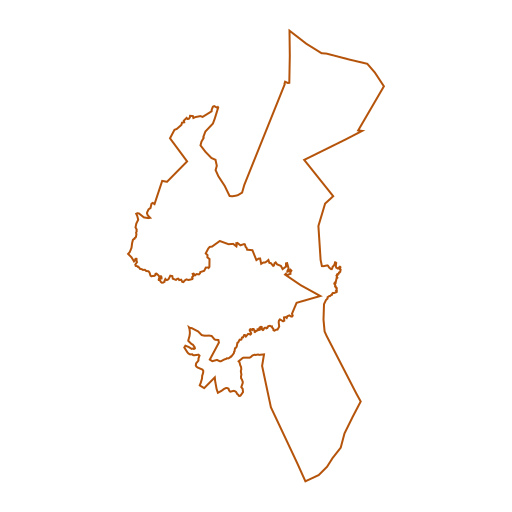 Santa María Ecatepec, Oaxaca, Mexico
{"feature_id": "50627088B69410007292717", "entity_name": "Santa María Ecatepec", "entity_type": "district", "adm_level": 2, "iso_a3": "MEX", "parent_name": "Mexico", "parent_adm1": "Oaxaca", "projection": "natural_earth1", "projection_center": [-95.911, 16.222], "detail": "fine", "context": "isolated", "style": "outline", "palette": "amber", "viewbox_px": 512, "rotation_deg": 0, "n_neighbors": 0, "source": "geoboundaries", "source_scale": "gbopen_adm2", "svg_char_len": 6113}
<svg xmlns="http://www.w3.org/2000/svg" viewBox="0 0 512 512"><path d="M362.1,130.9L358.2,130.4L383.9,86.3L374.9,72.6L367.3,63.8L349.5,59.6L326.5,53.6L321.5,53.2L306.4,43.8L289.5,30.7L289.8,55.8L289.3,82.8L287.8,83.0L285.1,81.7L284.5,83.7L284.7,84.3L244.3,184.9L242.1,192.6L238.0,195.1L236.3,195.6L232.3,196.3L229.6,196.0L224.7,185.9L218.4,176.3L215.6,170.1L216.8,165.8L215.5,159.8L211.4,158.0L205.5,151.9L200.5,145.4L201.5,141.5L203.7,137.9L203.3,137.1L205.4,131.5L212.9,123.6L214.7,118.8L218.2,107.5L217.9,107.1L217.3,107.8L214.2,106.1L212.9,106.7L211.7,109.7L211.6,111.3L202.6,116.9L200.4,116.1L195.3,117.1L193.4,118.0L192.9,116.1L190.1,115.8L189.8,117.5L188.8,118.8L187.5,119.0L186.6,117.9L183.8,120.7L184.2,122.3L182.0,122.7L181.4,124.9L176.7,129.0L174.5,129.8L170.0,138.3L187.1,161.4L167.0,181.8L162.2,180.9L154.5,204.1L152.8,202.9L151.5,203.7L150.5,208.0L148.6,209.3L147.1,212.4L147.0,213.4L147.8,215.4L150.1,217.8L148.3,218.1L143.9,217.4L139.0,213.5L137.4,213.2L136.2,213.8L137.2,215.8L138.2,219.7L136.3,223.6L135.5,227.4L136.7,229.6L136.5,230.6L136.7,231.2L136.1,232.6L136.4,234.3L136.0,236.6L135.7,237.4L134.8,237.9L134.5,238.8L133.7,239.1L132.9,239.9L132.1,243.2L131.5,247.8L129.8,252.0L128.1,253.9L131.5,257.3L134.0,261.4L135.0,260.3L135.3,259.1L136.0,258.7L136.5,258.8L136.6,261.2L137.0,262.1L135.3,264.6L135.7,265.9L137.8,266.4L138.0,267.0L139.1,267.4L139.9,268.8L141.8,269.2L142.8,269.9L144.9,269.8L146.2,271.0L148.5,271.3L149.5,272.5L150.5,275.7L151.4,276.3L153.1,275.9L154.0,276.0L155.1,275.4L155.5,274.9L155.3,274.2L156.0,273.6L156.5,273.6L158.3,275.2L159.2,276.6L160.9,276.2L161.4,276.9L161.2,277.3L161.6,278.1L161.5,278.5L159.1,278.3L158.7,279.5L158.8,280.0L159.9,280.1L160.8,281.9L161.8,282.7L162.9,282.7L164.5,281.8L164.6,280.6L165.4,279.0L166.3,280.0L166.9,280.1L168.1,279.5L168.7,278.9L170.3,275.7L172.3,276.1L172.8,278.7L176.0,279.9L177.3,278.8L178.4,278.7L179.2,280.1L181.2,279.7L182.3,281.9L183.4,282.1L184.7,280.5L186.4,279.4L188.5,280.0L192.3,279.1L192.6,278.5L192.1,277.2L193.4,276.0L192.7,273.9L193.6,273.6L195.2,275.2L196.6,274.1L198.9,274.4L200.0,273.3L200.3,272.1L204.2,270.8L205.8,267.6L208.5,267.5L208.7,267.8L209.4,266.9L209.5,259.0L207.4,257.4L207.5,255.1L205.7,253.4L208.3,248.5L209.7,246.9L212.0,246.6L219.8,241.0L228.5,244.2L233.2,243.9L236.4,246.4L236.7,245.1L236.3,243.2L237.4,242.9L240.4,245.3L244.1,244.1L244.9,244.4L245.6,246.9L246.5,247.7L247.1,249.7L252.4,250.2L256.4,260.1L258.6,258.6L260.1,258.5L261.2,263.8L263.4,262.5L265.0,262.5L266.7,261.5L268.4,260.0L269.4,262.9L270.8,263.1L273.2,265.9L273.9,265.5L274.6,263.2L275.7,262.4L277.1,264.4L280.9,265.9L282.6,269.1L286.0,266.6L286.0,263.4L287.1,263.1L288.6,268.6L287.3,271.2L287.4,271.7L289.1,271.1L290.5,269.7L291.4,270.7L290.3,272.4L290.5,273.8L287.0,275.1L285.9,273.8L285.1,274.6L300.7,285.2L320.3,296.0L296.6,302.8L292.0,313.7L292.7,315.7L292.1,316.5L291.1,316.5L289.4,315.4L287.4,316.2L286.7,317.9L285.8,317.1L284.0,317.4L284.3,320.7L283.1,321.3L279.9,319.4L278.9,320.7L278.7,322.5L279.2,326.6L277.5,329.6L276.4,329.6L274.3,330.7L273.4,330.1L273.3,328.7L272.1,327.5L271.9,326.4L271.3,326.5L269.9,325.8L268.2,326.2L267.3,328.0L266.5,328.3L266.3,327.7L264.7,327.8L264.2,328.2L263.3,329.9L262.9,330.1L262.0,329.4L261.7,327.0L260.9,326.8L259.6,327.5L259.4,328.0L259.7,328.0L260.1,329.0L259.7,329.9L258.7,329.9L258.1,329.2L257.6,329.3L257.8,330.3L256.2,331.0L254.9,332.1L254.6,331.9L254.6,330.4L253.9,329.9L253.6,329.0L252.5,329.0L252.1,330.0L250.3,329.2L249.7,330.0L249.7,330.5L250.9,332.6L251.2,333.6L250.9,334.1L250.3,334.6L249.3,334.0L248.1,333.9L245.9,336.5L244.9,335.0L244.2,335.0L243.1,337.3L242.3,337.3L241.9,337.7L241.4,339.5L240.8,339.8L239.6,339.7L238.2,342.4L237.4,342.8L236.7,346.6L236.1,347.6L235.0,348.3L234.5,351.4L234.1,351.8L233.8,353.3L231.2,356.7L230.6,356.6L229.8,357.6L228.3,358.4L226.8,358.3L226.1,358.9L224.4,359.4L220.8,361.3L219.6,361.2L217.0,359.9L212.3,361.2L209.8,359.6L218.9,342.6L218.4,340.0L215.6,339.8L214.5,339.4L211.7,336.0L209.3,335.6L204.6,335.7L201.7,335.1L198.2,331.5L191.7,328.1L189.8,327.9L189.0,327.3L189.6,329.4L189.9,333.1L189.5,336.1L188.3,340.3L188.3,340.9L191.5,344.0L192.9,344.7L194.6,347.1L194.9,348.4L194.4,348.8L193.6,348.9L193.2,348.5L191.7,348.9L188.7,347.0L185.4,345.7L184.3,347.5L187.5,352.5L188.6,353.6L190.0,354.4L192.3,354.3L192.9,355.0L193.9,355.3L198.5,354.7L199.5,355.6L198.5,358.4L198.4,360.6L196.1,363.4L195.8,365.6L196.5,366.7L197.6,367.5L202.5,369.6L203.3,371.0L203.1,373.0L202.2,375.7L202.0,378.5L200.6,383.3L199.7,385.3L200.0,385.6L204.2,388.1L214.8,377.4L215.1,380.8L216.6,389.0L217.9,392.8L221.7,390.7L224.1,388.9L226.1,388.0L226.9,388.0L228.5,388.6L229.1,390.5L230.3,391.7L233.8,390.8L235.5,391.5L236.2,392.1L237.2,394.0L238.3,394.8L238.8,395.8L239.8,396.0L240.6,395.5L243.0,392.1L242.7,388.9L241.3,387.1L242.7,383.1L242.8,382.0L241.9,379.5L241.1,378.3L241.0,376.4L241.4,374.7L240.9,371.8L240.9,370.5L241.3,369.4L241.1,367.1L240.2,365.1L239.5,362.3L238.6,361.3L242.8,357.9L243.5,357.7L249.6,357.7L251.1,356.8L252.4,355.5L254.7,354.7L255.5,355.0L258.1,354.5L259.1,354.9L264.0,354.4L262.1,365.9L270.9,407.3L297.2,463.1L305.4,481.3L318.8,475.0L327.1,466.7L332.6,458.0L340.7,447.7L344.5,433.4L352.9,416.4L360.7,401.5L356.2,393.3L326.6,335.9L324.6,331.5L323.5,319.7L324.0,304.2L326.0,300.0L327.5,298.6L327.6,297.2L329.4,296.0L330.0,296.1L331.4,294.8L331.9,294.8L332.3,293.5L333.0,292.9L333.9,293.1L336.6,292.1L336.6,291.6L336.2,290.9L336.8,290.7L336.5,289.9L336.8,288.9L336.6,287.8L336.0,287.7L335.6,286.3L335.1,286.3L335.2,285.3L334.9,284.3L335.3,283.6L334.4,283.5L334.8,282.5L335.8,281.8L336.5,278.6L337.2,277.9L336.7,277.6L337.0,276.3L336.6,275.8L337.4,275.2L337.0,274.6L337.3,274.1L338.6,273.8L338.9,272.7L339.4,272.6L339.5,272.2L340.2,271.9L340.6,269.7L339.5,268.9L340.4,267.7L340.4,267.1L339.9,266.7L337.8,268.5L336.2,267.6L335.8,265.9L336.2,262.9L335.4,262.3L335.0,262.3L334.7,263.9L333.9,265.5L332.6,266.8L332.5,267.6L331.8,269.1L331.0,269.1L329.1,267.5L328.0,265.7L327.4,265.4L323.3,266.2L321.9,266.1L320.6,259.9L318.4,226.0L325.1,203.6L333.2,196.2L304.2,159.9L346.5,139.0L362.1,130.9Z" fill="none" stroke="#b45309" stroke-width="2"/></svg>